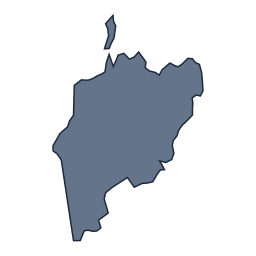 Jaqueira, Pernambuco, Brazil
{"feature_id": "56859067B82313432077576", "entity_name": "Jaqueira", "entity_type": "district", "adm_level": 2, "iso_a3": "BRA", "parent_name": "Brazil", "parent_adm1": "Pernambuco", "projection": "equal_earth", "projection_center": [-35.799, -8.742], "detail": "fine", "context": "isolated", "style": "filled", "palette": "slate", "viewbox_px": 256, "rotation_deg": 0, "n_neighbors": 0, "source": "geoboundaries", "source_scale": "gbopen_adm2", "svg_char_len": 1224}
<svg xmlns="http://www.w3.org/2000/svg" viewBox="0 0 256 256"><path d="M109.1,54.4L106.3,62.7L105.0,71.9L101.7,74.0L97.1,75.9L92.9,78.5L88.1,80.2L81.3,79.9L74.3,85.3L73.5,115.2L69.5,121.0L67.7,126.7L60.1,133.4L53.0,145.8L53.1,150.9L57.2,153.9L61.3,160.0L73.5,240.6L80.3,240.6L82.3,235.5L84.3,230.8L88.1,230.2L93.0,231.3L96.8,231.0L100.9,227.8L98.5,220.2L108.2,213.0L104.2,199.0L105.6,192.8L111.4,188.0L115.4,185.3L127.4,177.5L134.2,187.2L142.2,183.4L147.0,183.1L152.8,181.8L157.7,173.4L160.4,169.9L164.5,169.7L162.2,165.4L159.7,161.0L165.8,162.5L171.7,159.5L173.9,153.3L172.3,145.5L173.3,140.4L177.0,135.8L178.7,130.3L182.1,125.3L185.3,122.4L188.9,118.8L192.5,114.9L192.5,108.2L192.8,102.8L192.1,98.0L196.3,95.0L200.3,96.0L203.0,90.7L202.2,78.8L201.6,72.4L199.4,64.4L195.3,62.5L192.5,58.7L187.9,58.4L181.7,64.4L178.1,66.8L174.2,65.4L169.9,63.0L165.3,67.1L162.1,69.7L159.3,75.1L155.2,72.4L149.0,70.8L145.2,67.6L146.0,62.2L143.2,58.2L138.6,52.0L134.4,56.8L129.4,59.2L123.8,53.3L118.1,55.2L116.4,59.8L113.3,66.5L109.1,54.4ZM113.0,15.4L105.6,23.7L107.7,28.7L108.6,35.9L105.9,44.2L104.5,48.8L109.1,48.5L111.2,43.4L114.0,38.0L115.0,31.0L115.7,25.9L113.6,21.6L113.0,15.4Z" fill="#64748b" stroke="#1e293b" stroke-width="1.5"/></svg>